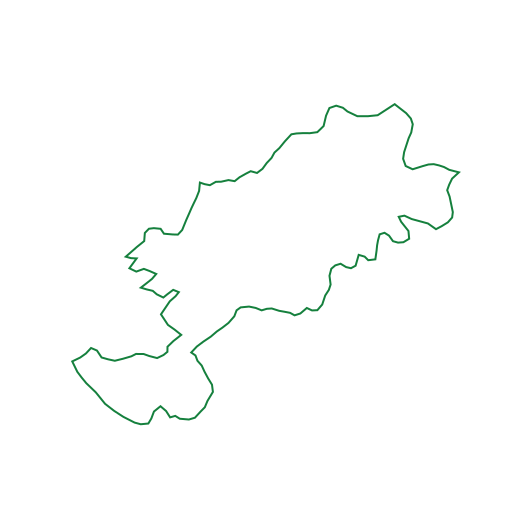 outline of Ananindeua, Pará, Brazil, rotated 53°
{"feature_id": "56859067B63914289904635", "entity_name": "Ananindeua", "entity_type": "district", "adm_level": 2, "iso_a3": "BRA", "parent_name": "Brazil", "parent_adm1": "Pará", "projection": "albers", "projection_center": [-48.38, -1.343], "detail": "fine", "context": "isolated", "style": "outline", "palette": "green", "viewbox_px": 512, "rotation_deg": 53, "n_neighbors": 0, "source": "geoboundaries", "source_scale": "gbopen_adm2", "svg_char_len": 2556}
<svg xmlns="http://www.w3.org/2000/svg" viewBox="0 0 512 512"><g transform="rotate(53 256 256)"><path d="M342.9,96.1L343.9,89.9L344.6,82.5L343.3,76.2L339.4,72.4L325.0,65.6L318.5,63.7L315.3,58.8L312.2,52.8L311.3,43.6L303.5,49.8L298.1,52.3L293.8,55.3L289.6,58.8L286.7,63.2L284.6,68.6L281.0,78.7L274.2,82.3L266.9,80.0L262.2,75.2L253.8,63.2L250.8,57.7L245.1,51.5L239.4,49.6L232.3,50.1L218.2,53.9L216.8,74.1L211.7,82.5L205.4,90.9L195.6,96.0L189.9,97.4L184.2,101.5L182.0,108.3L186.1,115.6L192.9,123.8L194.0,132.5L190.3,139.1L186.1,144.6L182.5,149.9L180.1,154.5L181.8,163.9L183.9,172.5L184.5,179.0L187.0,184.5L188.2,191.5L190.3,198.4L190.3,205.2L185.1,209.2L184.2,214.4L183.2,221.7L183.4,228.0L178.8,232.3L175.7,239.1L172.6,243.4L171.7,250.2L167.7,253.8L163.6,256.6L169.8,262.3L173.8,268.8L176.3,273.7L178.8,278.5L181.8,283.8L185.3,290.1L190.8,299.3L191.9,305.5L188.8,309.4L182.8,316.1L176.9,315.8L172.3,320.8L169.8,325.1L170.7,330.9L176.8,336.3L177.1,345.7L177.7,353.7L178.2,360.4L182.5,357.1L186.1,352.8L189.6,364.5L196.4,361.0L198.8,353.3L204.0,350.0L210.3,346.5L211.7,352.8L211.9,360.2L212.0,367.0L216.9,363.4L221.7,359.4L226.9,358.3L233.4,355.0L233.2,350.0L233.2,342.5L238.4,339.4L239.7,344.4L240.3,352.1L243.2,360.6L245.4,367.0L258.0,367.8L265.8,365.3L274.0,363.2L274.2,373.1L275.2,381.3L279.2,384.4L279.4,389.5L278.0,396.4L271.7,401.4L266.7,404.7L262.0,410.8L261.1,415.9L258.0,424.1L254.7,431.8L249.5,436.3L244.1,440.4L235.8,439.9L230.2,443.1L231.5,450.5L231.3,457.5L229.6,466.2L235.8,467.4L241.0,468.4L248.1,468.4L255.4,468.1L268.5,466.0L283.2,465.5L294.3,462.5L304.7,458.7L316.0,453.2L321.0,449.3L325.0,442.8L322.8,437.4L318.8,431.1L318.5,422.7L325.7,421.1L333.2,421.7L335.1,416.7L340.1,414.8L346.2,408.0L348.4,402.1L346.9,393.9L346.0,387.9L342.5,381.9L338.6,372.2L332.3,368.6L325.0,367.9L317.2,366.7L310.9,365.3L304.4,365.8L299.0,364.2L294.1,365.8L292.7,357.7L292.7,349.6L293.2,340.6L292.7,332.7L293.0,325.9L292.9,318.3L291.1,309.6L287.7,304.2L287.8,299.2L292.2,292.0L297.3,287.5L302.8,284.2L304.7,279.1L307.4,275.0L313.7,270.5L318.0,266.5L321.9,263.0L326.6,260.9L328.6,255.2L328.1,246.7L333.2,244.0L336.2,239.6L334.6,232.3L329.2,224.5L326.9,218.2L323.7,213.6L316.0,209.2L311.5,203.5L311.2,198.3L313.1,193.1L319.1,190.7L322.9,187.5L323.7,182.3L316.9,173.3L321.9,169.6L326.9,168.9L330.5,162.7L324.2,156.4L320.4,152.9L316.9,149.1L313.1,144.2L314.8,139.4L319.8,137.5L326.6,137.7L330.8,134.5L333.7,130.0L334.4,123.3L327.8,119.2L316.0,119.5L310.6,118.4L313.1,113.2L320.2,109.4L333.5,99.1L342.9,96.1Z" fill="none" stroke="#15803d" stroke-width="2"/></g></svg>